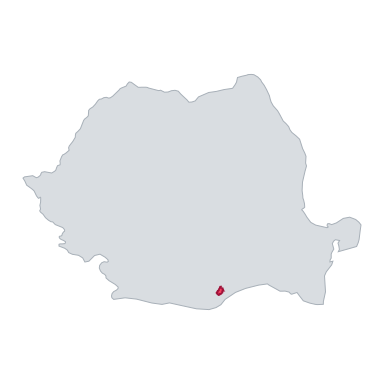 Izvoarele, Giurgiu, Romania (highlighted)
{"feature_id": "2599482B10041458655839", "entity_name": "Izvoarele", "entity_type": "district", "adm_level": 2, "iso_a3": "ROU", "parent_name": "Romania", "parent_adm1": "Giurgiu", "projection": "orthographic", "projection_center": [25.808, 44.04], "detail": "fine", "context": "in_parent", "style": "filled", "palette": "rose", "viewbox_px": 384, "rotation_deg": 0, "n_neighbors": 0, "source": "geoboundaries", "source_scale": "gbopen_adm2", "svg_char_len": 5015}
<svg xmlns="http://www.w3.org/2000/svg" viewBox="0 0 384 384"><path d="M306.9,217.2L310.8,222.4L315.7,225.1L327.0,227.7L328.0,227.3L328.1,226.7L327.2,226.0L327.1,225.0L327.6,223.8L329.1,223.6L331.7,224.6L336.4,222.9L343.3,218.4L349.7,217.2L355.7,219.5L358.9,222.2L361.0,224.9L360.5,228.4L360.2,230.5L359.1,239.4L358.2,242.7L356.6,246.5L338.3,251.7L339.4,249.5L338.8,245.8L338.0,243.1L339.6,240.5L335.4,239.7L333.6,241.2L332.3,243.6L333.8,249.1L331.9,252.3L331.2,254.1L331.2,258.1L330.1,259.9L329.9,261.9L332.9,261.2L331.7,264.8L326.3,271.8L324.5,275.9L325.5,291.8L323.4,301.4L323.3,304.3L317.3,304.6L315.5,304.4L309.8,303.1L303.3,300.8L299.5,295.9L297.0,292.5L291.7,294.2L290.6,293.8L289.1,292.1L285.1,291.1L280.1,291.2L268.7,284.9L267.5,283.9L258.7,285.1L245.6,288.4L235.5,292.4L225.1,299.4L220.9,304.7L216.0,307.6L209.0,309.6L196.5,308.8L183.5,306.0L169.5,302.9L162.0,304.4L151.8,303.0L136.5,299.1L125.1,297.8L113.7,299.4L111.9,297.8L111.5,296.0L112.1,293.5L113.7,291.6L116.5,290.1L118.0,288.6L118.2,287.1L115.2,284.4L109.1,280.7L106.6,278.5L106.0,277.9L105.9,275.9L104.7,274.4L102.3,273.1L100.5,271.0L99.3,268.1L99.7,265.3L101.7,262.8L104.1,261.7L107.1,262.2L108.3,261.5L107.9,259.7L105.1,257.2L100.0,254.2L94.6,255.5L88.9,261.2L84.9,262.0L82.7,257.9L78.5,255.3L72.4,254.3L68.7,252.6L67.4,250.2L64.8,248.3L59.0,246.1L59.0,244.3L60.0,243.9L62.1,243.9L64.9,243.6L65.4,242.6L65.5,241.7L63.4,240.4L61.2,239.5L60.0,238.6L59.3,237.7L59.2,236.7L59.9,236.1L60.8,236.1L61.8,235.6L62.4,233.5L63.7,231.8L64.6,231.2L64.6,229.9L63.7,228.6L62.6,227.5L60.8,226.8L55.3,224.6L52.7,221.9L50.9,221.7L48.3,220.1L45.5,217.7L43.1,214.3L40.5,212.1L39.9,211.2L39.8,210.4L40.4,209.6L40.5,208.6L39.9,205.4L40.6,202.2L40.7,199.1L40.7,197.7L40.2,197.2L39.7,197.6L39.0,198.2L38.4,198.3L36.5,195.9L34.2,191.1L32.6,189.5L29.4,187.1L26.7,185.2L24.9,181.2L23.0,178.1L24.5,176.9L32.7,175.7L36.3,177.7L38.0,177.2L39.7,175.9L40.7,174.8L40.9,173.7L41.8,172.3L44.6,171.7L51.7,173.0L54.7,171.2L55.8,170.1L56.6,167.7L57.5,165.7L60.1,164.8L60.2,163.0L59.9,161.0L61.6,156.7L62.7,154.9L64.1,154.3L66.0,153.0L69.1,150.3L68.6,147.8L69.3,145.9L72.7,141.6L75.3,137.3L75.4,135.1L75.8,133.3L78.0,131.3L80.4,128.7L83.7,120.3L84.8,118.9L86.8,117.4L88.3,115.8L88.7,110.3L90.1,108.7L92.8,107.0L95.4,104.2L97.7,100.9L99.3,99.3L101.4,99.0L103.8,97.7L106.3,97.3L108.7,98.1L110.3,97.8L112.7,96.2L119.0,90.1L119.9,88.9L121.2,88.1L126.1,86.1L127.4,83.9L129.2,82.0L131.3,82.3L138.2,87.3L145.8,87.2L147.1,87.4L147.6,87.5L148.5,88.0L158.5,90.6L160.0,90.4L160.5,90.2L164.5,92.2L168.1,92.0L171.5,90.7L175.0,90.3L178.3,91.2L180.7,94.0L187.1,100.0L188.9,102.2L191.9,102.0L195.2,100.9L198.5,96.9L208.7,92.5L216.4,91.4L223.9,89.6L232.6,88.3L235.1,84.7L236.5,82.2L237.5,77.5L242.1,76.2L246.6,75.2L248.1,74.6L251.4,74.4L253.9,74.7L257.8,77.0L260.6,79.8L261.7,82.0L264.1,85.2L266.6,89.7L269.4,95.7L270.1,98.7L271.1,102.0L273.3,105.9L277.2,110.3L277.8,111.1L279.6,114.2L283.2,121.0L286.1,123.7L288.7,126.7L289.9,129.7L291.8,132.4L296.1,135.9L299.6,139.2L302.6,148.6L304.7,152.9L306.0,156.3L305.6,163.1L306.5,166.0L305.0,171.3L302.5,182.1L302.1,190.6L302.7,195.2L302.9,198.1L303.6,200.0L304.5,203.8L304.7,207.2L303.7,208.2L302.3,209.0L301.7,209.8L303.1,211.2L305.0,214.0L306.9,217.2Z" fill="#d9dde1" stroke="#a8b0b8" stroke-width="1"/><path d="M218.7,295.2L219.3,295.0L219.3,294.9L219.3,294.1L219.2,294.1L219.3,294.0L220.0,294.4L220.1,294.2L220.2,293.9L220.2,293.7L220.3,293.7L220.9,294.1L221.0,294.0L221.0,293.9L221.2,293.6L221.3,293.6L221.5,293.6L221.6,293.4L221.5,293.2L221.9,292.9L222.1,292.9L222.3,292.8L222.2,292.6L222.1,292.4L222.1,292.1L222.3,292.0L222.5,291.9L222.4,291.8L222.4,291.7L222.2,291.4L222.3,291.4L222.5,291.4L222.6,291.2L222.6,291.3L222.6,291.2L222.8,291.1L223.1,290.9L223.4,290.7L223.5,290.7L223.4,290.6L223.4,290.3L223.4,290.2L223.4,289.9L223.3,289.7L222.9,289.9L222.7,289.9L222.6,290.0L222.5,289.8L222.5,289.7L222.4,289.4L222.5,289.3L222.7,289.2L222.8,289.1L222.9,288.9L222.9,288.7L222.8,288.4L222.7,288.4L222.7,288.2L222.4,288.2L222.2,288.1L221.8,288.0L221.7,288.1L221.4,288.0L220.8,288.0L220.7,288.0L220.6,287.9L220.6,287.7L220.4,287.6L220.4,287.4L220.4,287.1L220.4,286.9L220.5,286.8L220.4,286.8L220.6,286.7L220.4,286.4L220.3,286.2L220.3,286.3L220.2,286.4L220.2,286.5L220.3,286.5L220.2,286.6L220.1,286.8L220.0,287.0L220.0,287.3L219.9,287.4L219.9,287.2L219.7,287.3L219.7,287.5L219.7,287.8L219.6,288.0L219.5,288.3L219.4,288.4L219.4,288.5L219.2,288.7L219.2,288.8L219.0,289.0L218.9,289.0L218.8,289.3L218.8,289.5L218.8,289.8L219.0,289.9L219.0,290.0L218.9,290.0L218.7,290.1L218.7,290.3L218.4,290.4L218.2,290.5L217.9,290.5L217.7,290.6L217.7,290.8L217.8,290.8L217.8,291.0L217.8,291.3L217.9,291.5L217.7,291.5L217.7,291.4L217.4,291.2L217.3,291.3L217.1,291.6L217.0,291.9L216.9,292.1L216.6,292.5L216.8,292.6L217.1,292.8L217.4,292.9L217.4,293.0L217.5,293.0L217.6,293.3L217.5,293.5L217.4,293.6L217.4,293.8L217.3,294.0L217.2,294.0L217.5,294.3L217.9,294.5L218.0,294.6L218.3,294.6L218.4,294.9L218.4,295.1L218.7,295.2Z" fill="#f43f5e" stroke="#9f1239" stroke-width="1.5"/></svg>